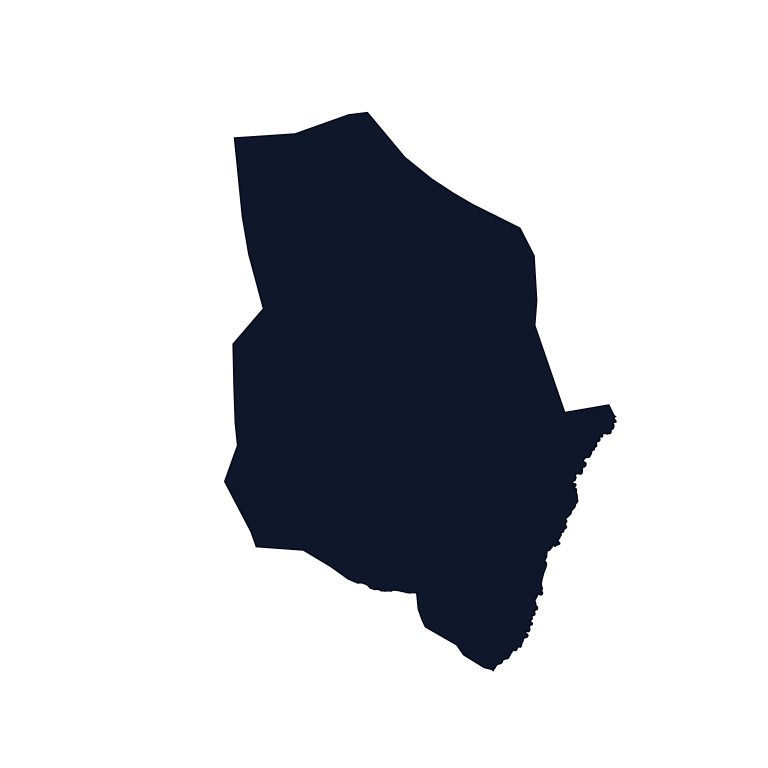 Batnorov, Hentiy, Mongolia (Natural Earth projection), rotated 307°
{"feature_id": "93677404B39915453177701", "entity_name": "Batnorov", "entity_type": "district", "adm_level": 2, "iso_a3": "MNG", "parent_name": "Mongolia", "parent_adm1": "Hentiy", "projection": "natural_earth1", "projection_center": [111.332, 47.986], "detail": "fine", "context": "isolated", "style": "filled", "palette": "ink", "viewbox_px": 768, "rotation_deg": 307, "n_neighbors": 0, "source": "geoboundaries", "source_scale": "gbopen_adm2", "svg_char_len": 6147}
<svg xmlns="http://www.w3.org/2000/svg" viewBox="0 0 768 768"><g transform="rotate(307 384 384)"><path d="M577.9,324.0L576.3,298.8L577.4,264.3L590.7,207.4L577.6,193.8L530.1,162.5L490.5,116.6L470.1,135.5L432.6,170.1L406.3,198.0L371.6,242.5L325.1,239.5L291.7,265.8L263.3,288.8L246.8,304.1L210.3,315.5L186.2,366.4L180.3,375.5L177.3,379.9L202.9,419.5L206.3,451.3L206.8,472.9L209.3,482.8L211.6,485.4L212.1,486.3L212.4,487.5L212.8,488.5L213.0,489.5L213.2,490.0L213.3,490.9L213.5,491.4L213.5,492.4L213.3,493.1L213.1,494.2L212.8,495.4L212.8,496.0L213.1,496.7L213.4,497.4L214.0,499.3L214.3,500.1L216.1,502.3L216.7,503.3L217.0,504.0L217.0,505.0L217.2,505.8L217.4,506.7L218.0,507.2L218.5,507.8L218.7,508.2L218.8,508.8L221.6,512.0L222.7,514.0L223.2,514.4L224.4,514.9L224.7,515.1L225.2,515.7L225.7,516.2L226.3,517.4L227.3,519.0L227.6,519.5L227.9,520.2L228.3,520.7L228.6,521.6L228.8,522.3L229.0,522.9L229.8,524.1L230.5,526.0L231.0,527.1L231.6,528.4L232.2,529.5L232.9,530.5L233.3,531.1L234.8,532.2L235.1,532.5L235.5,533.8L235.9,534.4L236.6,535.0L236.9,535.5L237.1,535.7L224.8,547.0L218.7,556.3L215.0,563.2L219.5,599.0L215.7,610.6L217.9,634.6L220.9,641.7L220.9,643.6L221.7,643.3L222.3,643.2L223.7,643.4L225.0,643.3L225.8,643.1L226.5,643.0L227.5,643.1L228.2,643.3L228.8,643.6L231.3,645.5L232.2,645.7L232.8,645.7L233.3,645.6L233.8,645.4L234.8,644.5L235.0,644.5L235.3,645.1L235.9,645.6L238.0,646.5L238.4,646.8L238.3,647.1L238.7,647.6L239.9,648.1L240.8,648.2L242.1,647.8L242.9,647.8L243.9,647.7L245.0,647.4L246.9,647.4L248.5,647.3L249.1,647.4L249.7,647.7L249.9,648.6L250.3,649.4L250.6,649.7L251.4,649.8L252.2,649.7L253.2,649.3L253.9,649.2L254.7,649.3L255.2,649.6L255.5,650.1L255.7,650.7L255.9,651.2L256.2,651.3L256.6,651.4L257.4,651.2L260.3,649.9L260.8,649.8L262.5,649.7L262.9,649.3L263.7,649.0L264.5,648.7L265.3,648.7L266.0,649.0L266.6,649.4L267.4,650.3L267.7,650.5L268.7,650.5L269.4,650.4L269.9,650.1L270.2,649.6L270.3,649.0L270.4,647.2L270.6,646.8L270.9,646.5L271.3,646.2L271.6,646.1L272.0,646.2L272.3,646.5L272.9,647.9L273.2,648.4L273.5,648.6L274.2,648.7L274.8,648.6L275.6,648.2L276.8,647.1L277.4,646.3L278.3,645.9L278.8,645.9L279.4,646.0L280.8,647.0L281.6,646.9L282.1,646.4L282.2,646.0L282.3,645.0L282.2,643.9L282.0,643.3L282.0,642.8L282.0,642.7L282.6,642.7L284.1,643.5L284.7,643.7L285.4,643.7L285.9,643.5L286.5,642.9L287.1,642.2L287.5,642.0L287.9,641.9L288.2,641.9L289.0,642.3L289.9,643.1L290.3,643.2L290.8,643.1L291.3,642.7L292.0,642.0L292.5,641.3L293.1,640.9L293.7,640.8L294.3,640.9L295.1,641.2L295.7,641.7L296.1,641.9L296.5,641.9L297.1,641.7L297.6,641.3L298.1,640.6L298.7,638.2L299.6,637.5L300.6,636.6L301.0,635.7L301.7,634.9L302.2,634.6L302.7,634.4L304.2,634.4L305.3,634.1L307.2,633.9L307.6,633.8L308.4,633.2L308.8,633.1L309.1,633.1L309.4,633.5L309.6,634.8L309.8,635.9L310.2,636.4L310.8,636.8L311.5,636.8L312.3,636.5L312.8,635.9L313.5,634.4L313.8,634.1L314.1,634.0L315.6,633.6L316.2,633.4L316.7,632.4L318.0,630.7L318.9,629.9L319.9,629.3L320.7,628.9L322.5,627.9L323.3,627.5L324.0,627.4L325.0,626.9L327.2,626.0L329.3,625.1L330.3,624.9L333.2,624.1L335.1,623.5L336.6,622.8L337.1,622.7L338.4,621.7L338.8,621.1L339.1,619.6L339.3,619.1L339.8,618.5L340.2,618.3L341.6,618.2L343.5,617.8L344.5,617.5L345.9,616.3L348.0,615.1L348.7,614.8L349.1,614.8L349.4,615.0L349.8,615.4L350.4,615.9L351.2,616.2L352.4,616.2L353.9,616.3L355.2,616.2L356.1,616.0L357.0,615.9L357.4,615.9L357.5,616.1L357.6,616.5L357.5,617.0L357.1,617.5L357.2,617.9L357.5,618.2L357.9,618.4L359.0,618.8L359.9,619.2L361.1,620.2L361.8,620.4L362.4,620.3L362.7,619.8L363.2,617.9L363.4,617.6L363.4,617.3L363.4,617.0L363.3,616.8L363.3,616.7L363.5,616.6L364.4,616.8L366.7,616.9L367.3,616.7L368.4,616.3L369.7,616.4L370.2,616.2L371.8,614.8L372.2,614.8L372.5,614.8L372.9,615.5L373.2,615.9L373.5,616.1L374.2,616.1L375.5,615.4L376.0,615.3L376.6,615.3L377.8,615.8L378.7,616.0L379.3,616.0L379.6,615.8L379.9,615.5L380.4,613.9L380.7,613.5L381.2,613.1L381.8,612.9L383.5,612.6L384.5,612.4L384.7,612.1L384.8,611.4L384.9,611.0L385.4,610.5L386.2,610.0L386.6,610.0L388.5,610.7L391.3,611.1L392.6,611.2L393.6,611.0L395.0,610.2L396.0,610.0L396.9,610.0L399.1,610.4L400.4,610.4L401.3,610.2L402.6,609.5L403.3,609.3L404.3,609.2L405.0,609.3L405.9,609.4L406.6,609.2L407.5,608.7L409.2,606.9L411.1,605.3L411.9,604.4L413.2,602.6L414.4,601.9L415.3,601.3L415.6,601.0L415.8,600.6L415.8,599.8L415.6,599.1L415.6,598.7L415.8,598.4L416.2,598.2L418.1,598.1L418.7,598.0L419.1,597.7L419.3,597.3L419.2,596.7L418.4,595.5L418.3,594.9L418.4,594.4L418.8,593.9L419.9,593.3L420.3,593.3L421.6,594.4L421.9,594.5L422.2,594.4L422.8,594.2L424.1,593.8L424.9,593.5L425.1,593.2L425.6,592.0L425.9,591.7L426.3,591.6L426.7,591.6L427.4,591.7L428.2,591.9L428.9,592.3L429.5,593.3L430.2,594.9L430.7,595.4L431.3,595.7L431.9,595.7L432.4,595.6L434.1,594.6L435.2,593.8L436.7,592.9L437.2,592.8L437.7,593.0L438.7,594.0L439.4,594.2L441.0,593.9L441.8,593.3L442.2,592.8L442.4,592.2L442.3,591.4L442.0,590.6L441.9,590.1L442.1,589.7L442.5,589.3L443.0,589.1L443.7,589.0L446.3,589.2L446.8,589.4L447.5,589.9L447.9,590.8L448.3,591.2L448.9,591.7L449.7,591.9L450.5,591.8L451.3,591.6L453.1,591.5L454.8,590.4L455.4,590.3L456.5,590.5L457.4,591.0L457.9,591.2L458.3,591.2L459.8,590.4L460.2,590.4L460.6,590.4L461.0,590.7L461.5,590.9L462.2,591.1L462.6,591.0L462.9,590.7L463.6,589.9L464.6,589.1L465.3,588.9L466.0,588.8L466.6,589.1L467.9,590.1L468.4,590.2L469.0,590.1L471.3,588.2L471.7,588.1L472.1,588.1L472.4,588.4L472.7,589.8L473.1,590.0L473.6,590.0L474.1,589.8L474.4,589.4L474.8,588.5L475.1,588.3L475.3,588.3L476.2,588.9L477.6,590.3L478.0,590.8L478.2,591.3L478.4,592.3L478.6,592.6L479.8,592.9L480.2,594.0L480.7,594.4L481.3,594.4L482.0,594.3L482.6,594.0L482.9,593.5L483.3,593.2L483.9,593.1L484.6,593.0L484.9,593.1L485.2,593.5L485.5,593.7L486.6,593.7L487.4,593.5L488.7,592.9L489.4,592.3L489.8,591.7L490.2,590.8L490.5,590.4L490.8,590.2L491.4,590.3L491.8,590.9L492.8,591.7L493.3,591.9L493.7,591.9L493.8,591.7L493.9,590.8L494.2,590.6L494.4,589.6L494.6,589.1L495.0,588.4L495.3,588.2L495.6,588.0L496.8,588.1L497.2,588.3L497.1,586.7L502.5,576.2L469.9,545.5L495.7,507.3L521.5,469.1L542.5,455.7L576.7,426.6L590.2,398.8L580.5,346.4L577.9,324.0Z" fill="#0f172a" stroke="#020617" stroke-width="1.5"/></g></svg>